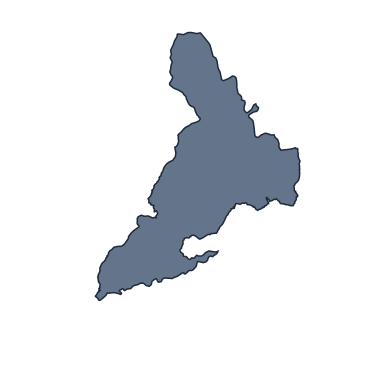 outline of Sucre, Cauca, Colombia, rotated 211°
{"feature_id": "7082276B47769001538338", "entity_name": "Sucre", "entity_type": "district", "adm_level": 2, "iso_a3": "COL", "parent_name": "Colombia", "parent_adm1": "Cauca", "projection": "natural_earth1", "projection_center": [-76.921, 2.071], "detail": "fine", "context": "isolated", "style": "filled", "palette": "slate", "viewbox_px": 384, "rotation_deg": 211, "n_neighbors": 0, "source": "geoboundaries", "source_scale": "gbopen_adm2", "svg_char_len": 6058}
<svg xmlns="http://www.w3.org/2000/svg" viewBox="0 0 384 384"><g transform="rotate(211 192 192)"><path d="M285.8,319.4L285.6,319.3L284.8,317.2L284.8,312.5L283.9,308.6L283.3,302.7L282.4,301.2L280.4,299.3L280.1,296.8L279.8,295.8L275.9,293.2L275.0,289.3L273.7,286.7L272.9,283.5L270.4,281.7L268.3,280.9L267.5,280.1L267.1,277.1L267.3,273.7L266.2,272.3L261.2,271.6L256.6,272.3L251.1,272.4L249.4,271.4L246.2,270.6L244.4,268.6L243.4,268.2L242.6,267.4L239.6,265.6L237.8,265.1L234.6,265.5L233.3,265.3L230.5,262.8L227.3,260.6L225.2,260.3L224.4,259.4L223.4,259.5L222.5,258.9L222.6,257.0L223.0,255.8L224.7,253.5L227.5,250.6L228.5,247.8L230.8,244.1L231.6,241.7L232.1,237.9L233.3,234.5L233.3,233.4L232.1,232.3L231.1,230.4L229.9,229.1L229.2,227.5L228.7,224.5L228.8,223.1L229.8,221.5L225.8,217.0L224.4,213.4L224.9,209.0L226.8,206.4L228.1,203.4L228.6,199.9L228.5,197.4L227.7,195.0L227.9,191.9L226.8,189.9L227.4,189.2L227.7,187.6L226.8,186.8L226.6,185.7L226.9,184.7L226.5,183.6L227.1,183.0L226.9,181.3L227.7,179.4L227.6,178.3L227.9,177.8L227.2,177.2L226.7,174.6L226.7,174.0L227.3,172.8L226.4,172.3L226.4,171.1L225.7,170.6L225.9,169.3L225.5,168.7L225.5,167.3L225.7,165.7L226.2,164.3L226.1,163.5L224.7,162.8L224.4,162.1L223.8,161.5L223.5,160.6L222.7,161.0L222.3,160.7L221.6,160.9L221.2,160.1L220.8,159.9L220.2,160.2L219.1,160.0L218.3,160.7L217.8,160.8L217.1,158.9L216.7,158.4L215.1,157.7L214.5,156.0L214.1,155.6L212.8,157.4L210.8,156.4L210.2,155.5L210.5,152.8L210.2,152.0L209.5,151.5L211.3,150.8L211.9,149.8L212.4,149.5L217.2,148.9L220.6,146.5L223.0,146.2L224.0,145.3L225.4,143.0L225.2,140.8L224.1,139.5L224.0,139.0L222.8,136.8L221.9,136.1L219.7,135.6L219.5,134.8L222.0,129.1L223.0,125.6L223.5,121.2L222.9,120.2L222.6,118.5L223.0,112.8L224.3,109.4L227.9,106.9L230.2,104.7L230.7,103.6L231.1,101.1L232.2,99.4L232.2,97.0L231.4,94.2L232.0,93.2L231.2,92.7L231.8,91.2L231.3,89.5L231.6,86.9L232.0,86.2L232.4,84.1L231.9,79.6L230.0,76.4L229.7,72.8L229.4,71.7L228.9,71.2L228.9,70.3L227.8,69.7L227.4,68.5L227.1,68.2L226.2,67.8L226.0,66.8L223.1,65.5L222.4,63.5L221.7,62.5L222.1,61.6L222.0,61.1L221.3,61.2L221.1,60.5L220.2,60.3L221.1,59.4L221.0,59.2L220.4,59.3L220.3,59.1L220.4,58.6L220.8,58.4L220.8,57.8L221.1,57.2L220.8,54.9L221.2,53.1L220.9,52.7L218.3,52.5L216.5,51.4L215.8,51.3L215.0,51.9L213.6,55.6L212.6,58.8L212.5,61.9L211.0,62.5L209.5,63.8L207.0,65.6L203.6,66.8L200.3,67.5L200.1,68.5L200.6,69.2L203.0,69.5L203.4,69.8L203.3,70.5L201.7,73.4L200.9,73.5L199.7,72.7L198.9,72.9L197.7,75.3L194.8,77.6L194.2,80.6L193.4,82.1L190.5,84.9L189.7,86.8L188.5,87.8L186.5,88.8L183.3,88.2L180.1,89.1L179.4,90.9L179.3,91.9L180.3,95.0L179.5,97.0L178.4,98.9L177.4,99.2L175.3,97.6L174.0,97.5L172.2,99.4L172.5,102.1L171.4,104.1L164.3,107.7L163.4,109.5L161.7,111.4L160.5,113.4L158.7,117.4L157.9,118.2L157.0,118.3L156.4,117.8L155.4,118.6L154.0,123.3L152.0,124.4L151.0,125.8L150.1,130.0L150.4,131.6L151.4,134.3L151.3,135.3L150.1,135.9L145.9,137.3L144.1,139.2L143.7,140.5L143.6,141.7L144.1,143.6L144.1,145.2L143.2,146.6L140.9,147.2L140.8,148.1L139.1,151.7L139.0,153.6L139.3,154.6L140.2,153.3L141.1,152.6L147.3,150.1L149.2,147.0L150.0,143.5L150.6,142.4L151.4,141.6L153.8,140.4L155.4,140.2L156.1,136.5L156.5,136.0L157.8,135.7L158.5,135.2L158.8,133.3L159.5,132.8L161.0,132.7L162.4,133.4L163.9,133.6L166.1,132.6L166.9,133.2L167.7,134.4L170.1,134.5L171.9,135.3L172.5,136.0L172.5,137.0L172.0,138.4L172.6,139.7L172.9,142.8L173.2,143.3L173.6,143.4L173.8,144.2L174.6,145.5L174.2,146.9L174.6,147.6L174.0,149.2L173.5,149.8L170.9,151.1L170.7,151.6L170.8,152.4L170.0,153.2L170.2,154.0L169.9,154.7L168.6,155.6L167.5,156.0L165.6,156.0L162.3,155.5L161.0,155.6L159.1,158.4L156.5,163.7L155.6,164.4L154.6,164.7L154.3,166.2L153.2,166.7L151.3,168.4L149.9,169.1L149.8,170.6L150.1,173.5L149.8,174.5L150.2,176.1L149.3,180.1L149.3,182.1L150.1,189.5L149.6,190.9L149.9,193.8L149.4,195.1L149.3,196.6L149.8,197.8L149.1,198.0L148.9,198.9L148.4,198.9L148.3,199.4L147.8,199.4L147.4,199.8L147.6,200.6L148.6,201.0L147.9,202.0L148.5,204.4L147.4,205.3L144.5,206.2L142.9,208.7L141.5,209.1L140.2,210.6L139.7,210.6L138.5,209.8L137.9,209.7L136.5,210.5L135.2,210.9L132.5,211.1L131.6,210.6L130.7,211.5L128.5,210.1L126.2,210.1L125.3,211.9L123.7,213.6L123.7,215.2L122.6,215.5L122.3,216.2L122.6,217.7L121.6,218.2L121.2,220.6L120.3,221.4L120.8,222.1L124.8,224.6L125.3,225.2L125.2,225.8L124.3,225.8L123.4,224.9L122.3,225.3L121.1,224.2L120.5,224.0L120.1,224.8L119.1,225.6L117.8,228.1L116.8,228.4L116.1,229.7L114.5,229.1L112.1,228.7L110.8,227.9L109.7,227.8L107.4,229.0L104.9,229.5L103.2,230.5L101.0,230.8L98.4,232.2L98.2,232.6L98.5,234.1L98.2,235.4L98.8,236.7L98.7,239.0L100.1,241.7L100.0,242.0L99.3,242.1L99.2,242.6L99.5,243.4L100.4,244.1L101.5,244.4L102.1,244.9L103.0,244.8L103.6,246.0L104.5,245.7L105.1,245.9L106.6,248.4L107.8,249.4L107.6,251.0L107.8,252.4L107.0,254.8L106.8,257.2L107.6,260.0L109.6,264.0L110.8,265.4L111.2,266.8L112.2,267.8L112.7,269.0L114.6,271.3L115.4,274.2L117.8,275.7L118.9,277.0L119.6,277.3L120.5,279.3L122.8,282.0L123.3,283.3L124.6,283.5L125.4,282.6L126.1,283.1L126.4,283.0L128.0,281.0L131.6,277.9L137.7,273.5L138.7,274.4L139.6,274.5L140.3,275.4L141.0,275.6L142.1,278.1L145.3,280.8L146.1,281.2L148.6,281.5L151.2,283.3L153.3,281.6L155.6,281.4L156.9,280.8L158.1,280.8L159.3,280.1L159.9,279.6L162.2,276.3L163.2,273.1L164.8,272.3L166.1,272.3L167.3,272.9L171.5,278.6L175.7,283.7L176.8,284.5L179.9,285.3L180.9,285.2L182.2,285.9L182.8,286.8L182.6,288.1L180.3,292.4L178.3,294.2L177.9,295.1L177.9,297.2L178.6,298.7L181.1,299.0L182.7,300.4L183.9,298.4L183.5,293.4L185.0,289.3L185.8,288.1L187.9,288.3L189.6,289.2L190.8,291.1L192.3,295.7L193.7,297.1L195.2,297.0L196.2,296.5L197.3,296.7L197.5,297.7L198.8,299.2L200.3,299.8L202.9,300.1L203.7,300.7L207.6,304.8L208.2,306.2L211.4,310.7L213.2,312.6L214.7,312.9L216.1,312.7L217.1,312.2L219.1,308.0L222.0,304.1L222.9,303.4L224.5,303.6L229.7,309.2L233.6,311.8L238.1,317.2L239.3,318.2L240.6,319.0L243.9,319.2L252.2,327.2L253.8,328.1L266.6,332.7L267.1,332.5L269.4,330.3L274.9,328.3L277.8,326.4L280.2,322.6L285.1,320.4L285.7,319.9L285.8,319.4Z" fill="#64748b" stroke="#1e293b" stroke-width="1.5"/></g></svg>